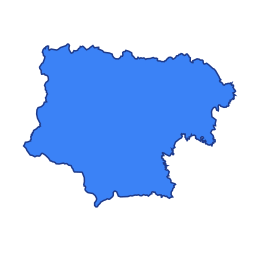 Mandoto, Vakinankaratra, Madagascar (Mercator projection), rotated 10°
{"feature_id": "10022922B69129581267436", "entity_name": "Mandoto", "entity_type": "district", "adm_level": 2, "iso_a3": "MDG", "parent_name": "Madagascar", "parent_adm1": "Vakinankaratra", "projection": "mercator", "projection_center": [46.306, -19.727], "detail": "fine", "context": "isolated", "style": "filled", "palette": "blue", "viewbox_px": 256, "rotation_deg": 10, "n_neighbors": 0, "source": "geoboundaries", "source_scale": "gbopen_adm2", "svg_char_len": 5799}
<svg xmlns="http://www.w3.org/2000/svg" viewBox="0 0 256 256"><g transform="rotate(10 128 128)"><path d="M226.8,76.4L226.0,76.4L225.3,75.2L226.8,74.2L227.5,73.0L226.4,71.8L225.9,71.8L225.2,70.5L224.3,69.9L224.7,68.5L224.4,67.6L223.6,67.4L223.0,67.9L222.1,67.4L222.4,65.7L221.9,66.2L221.0,65.9L220.5,66.6L218.8,66.7L217.7,67.4L216.5,67.6L215.5,69.0L214.4,69.0L213.2,67.5L211.3,66.5L210.9,66.7L210.1,66.0L210.0,65.3L210.9,64.7L211.0,64.2L209.7,63.4L208.8,61.8L204.2,56.3L202.4,54.9L201.4,54.8L196.8,51.9L194.2,50.6L192.3,51.7L191.5,51.6L190.8,50.7L190.2,48.7L189.4,48.2L187.5,48.6L186.2,47.9L184.0,47.9L180.1,50.6L180.6,52.3L179.8,52.5L178.8,52.1L177.6,51.3L177.2,48.1L175.8,47.3L175.2,46.3L173.3,44.8L172.5,45.1L171.9,46.3L170.8,46.8L170.4,46.4L169.4,46.3L168.9,45.6L167.3,45.5L166.7,46.5L165.6,46.6L164.9,48.0L163.3,48.5L162.5,50.5L160.5,52.4L159.9,52.3L159.0,51.1L157.3,50.9L155.5,51.7L155.3,52.5L154.1,53.7L153.7,55.0L152.5,55.6L152.3,56.3L149.5,56.8L148.2,56.4L145.9,56.7L145.1,56.2L145.1,54.9L144.6,54.5L143.9,54.3L142.2,54.7L140.6,54.2L137.8,55.7L134.5,56.5L133.6,57.3L131.5,56.2L129.9,56.9L128.5,56.6L127.4,57.6L125.6,56.6L124.9,58.4L123.0,58.5L120.7,56.4L119.6,56.1L118.5,53.3L115.6,52.3L112.4,51.9L112.0,53.1L110.7,53.5L109.7,54.5L110.3,57.3L110.0,58.3L108.6,58.5L108.2,59.9L106.7,61.6L103.8,62.0L102.0,61.3L100.3,59.7L99.6,58.0L96.7,57.4L91.2,57.6L89.4,56.3L85.0,55.3L85.3,54.2L85.1,53.6L81.0,54.8L79.1,52.9L76.7,55.3L75.9,56.5L73.6,58.2L69.8,55.5L69.0,55.4L68.2,56.1L66.9,56.0L66.7,57.4L65.6,58.4L64.8,60.3L62.8,61.2L61.3,61.2L60.6,63.3L59.2,64.1L58.6,63.8L56.4,61.1L55.9,59.6L56.0,56.9L55.1,55.9L54.3,55.7L53.8,55.9L52.6,57.7L47.5,60.5L45.6,62.7L44.2,63.6L38.6,63.6L36.9,65.1L35.9,63.7L35.5,61.2L34.5,61.2L33.0,62.3L32.8,64.1L31.9,63.7L30.8,65.6L30.5,68.3L31.4,69.1L32.2,71.4L33.7,72.0L33.8,73.9L33.0,78.5L32.0,79.4L30.3,83.4L30.8,84.7L32.5,86.4L32.8,88.2L33.6,90.0L36.3,89.3L37.1,90.2L39.0,90.3L40.2,91.1L40.8,92.5L41.3,94.5L40.7,96.0L39.6,97.0L39.0,98.1L38.4,100.5L39.6,102.3L40.0,104.7L41.3,105.5L41.4,107.0L42.5,108.0L42.8,108.8L42.3,109.3L42.1,111.4L41.5,112.6L42.3,114.0L42.3,115.1L43.3,116.3L41.1,117.2L40.8,119.6L39.0,122.0L35.9,123.6L35.2,125.9L35.6,130.1L37.2,134.1L41.0,139.2L40.6,140.0L41.4,141.3L40.7,141.7L40.6,142.3L40.0,142.2L38.8,143.3L38.3,144.4L35.5,146.8L35.3,149.1L34.8,149.2L34.8,150.4L34.1,150.9L34.0,151.6L34.6,151.8L33.8,153.5L34.6,155.9L34.0,156.8L34.3,157.6L31.4,159.3L29.4,159.9L28.9,162.5L28.3,163.8L31.2,165.8L32.4,167.7L36.4,171.6L38.5,171.6L41.3,172.5L43.0,171.3L45.5,171.1L46.3,170.4L47.3,168.1L48.4,167.8L51.4,169.1L55.1,171.6L57.2,173.9L58.2,173.8L59.6,174.4L60.8,174.3L62.5,174.8L63.4,175.7L66.4,175.4L70.2,173.9L70.9,173.8L71.7,174.3L73.9,173.7L76.0,174.9L78.5,174.9L79.8,177.0L81.0,178.0L81.8,179.6L82.8,180.6L90.2,179.5L90.8,179.9L93.6,184.5L94.4,188.5L94.3,191.4L94.9,192.8L95.7,192.7L96.3,193.1L96.6,194.1L96.3,195.6L96.7,196.6L98.1,197.8L99.9,198.6L104.7,198.6L107.4,200.2L109.1,202.4L109.5,203.5L109.3,205.1L108.1,207.5L108.6,210.1L109.9,211.2L111.1,211.1L111.6,210.6L112.1,209.1L113.5,207.2L114.0,205.8L116.7,203.5L118.4,202.6L119.9,201.3L121.7,201.5L122.5,201.0L124.8,198.2L125.2,196.6L124.7,194.1L125.4,192.8L126.1,192.3L128.0,192.9L130.3,196.7L132.6,197.1L139.9,195.5L142.1,194.2L143.8,194.2L146.6,192.8L148.5,192.6L149.9,191.9L151.6,192.5L153.3,192.3L154.9,190.9L157.1,191.2L158.3,190.7L159.9,191.5L161.9,189.1L162.9,188.6L162.5,187.2L163.7,186.4L164.7,186.8L165.7,186.5L166.9,188.1L169.1,189.1L170.4,188.3L171.0,188.5L172.1,188.1L172.9,190.4L173.5,190.1L173.6,188.9L175.4,188.3L176.6,188.9L178.1,188.5L178.8,189.3L181.0,190.0L182.1,188.8L184.0,188.1L182.0,186.1L181.7,183.5L182.6,181.6L182.7,179.8L183.8,178.3L183.1,176.8L184.6,175.3L184.0,174.8L179.8,174.2L179.3,172.0L177.9,170.5L175.9,170.2L174.8,169.2L175.0,168.8L176.5,168.0L175.7,167.4L176.2,164.0L174.3,162.4L173.2,162.8L172.0,162.2L172.8,160.7L172.3,160.1L171.6,160.3L171.5,159.5L173.2,158.3L171.3,158.3L171.6,157.1L171.3,156.6L170.1,156.9L170.4,157.7L169.3,157.1L169.3,156.4L170.0,156.7L170.7,156.3L170.4,155.5L169.7,155.6L170.7,154.7L169.9,153.7L168.4,153.7L168.1,153.2L168.3,152.6L167.2,151.8L166.7,152.0L166.2,151.0L166.3,150.1L165.7,149.4L166.6,149.8L166.7,149.3L168.0,148.9L166.2,146.6L166.4,146.3L167.7,146.4L168.9,147.1L173.4,148.4L174.2,148.0L175.2,145.4L176.9,146.5L177.4,146.3L177.5,145.4L176.2,144.2L176.4,142.7L176.0,142.4L175.5,142.6L174.9,141.4L175.8,142.0L176.2,139.8L177.0,139.6L177.6,139.0L176.5,137.6L177.2,133.7L180.6,129.8L182.3,128.5L182.9,126.7L181.5,125.4L181.7,124.6L182.3,125.1L183.3,124.1L184.4,124.5L184.9,124.0L185.4,124.1L185.8,127.2L186.7,127.8L187.0,128.8L187.5,128.9L188.4,130.1L188.8,129.4L188.7,127.9L190.2,128.2L190.3,127.2L189.8,126.3L191.3,125.6L191.6,123.7L192.1,124.5L194.4,123.5L195.9,124.0L196.4,126.4L197.1,126.3L197.8,127.2L198.8,127.0L201.7,128.3L201.7,127.3L202.1,126.7L201.3,124.9L202.3,123.7L203.2,123.7L204.1,124.7L203.2,125.6L203.3,128.0L203.7,129.0L205.1,129.1L205.3,128.4L204.8,127.5L205.3,127.2L206.4,128.0L206.6,127.1L207.1,127.7L206.8,129.2L207.3,130.1L208.1,129.8L209.5,130.6L211.1,130.7L212.7,129.7L213.3,130.9L213.7,131.0L214.1,127.7L215.0,128.0L215.2,126.6L216.2,126.4L215.8,124.5L214.9,124.2L214.2,124.8L213.5,123.3L214.1,122.7L213.1,120.7L210.2,118.4L211.0,115.6L211.6,115.0L213.6,114.5L214.0,114.1L212.0,111.7L211.7,110.6L213.8,110.5L213.1,108.4L213.3,104.8L208.7,102.4L207.4,97.7L207.6,95.4L208.7,93.1L210.1,92.4L211.2,93.0L212.2,95.0L213.9,95.4L213.8,93.5L213.0,90.8L213.4,89.6L214.5,89.4L215.5,90.4L218.9,91.0L221.3,90.3L221.5,89.4L222.9,89.1L223.4,88.5L222.9,87.1L223.0,85.5L223.7,85.6L223.5,84.9L224.3,84.1L223.8,83.0L225.3,82.2L225.9,80.8L227.0,81.3L227.3,80.8L227.3,80.2L226.8,80.0L227.0,78.9L226.5,78.0L226.9,77.9L226.8,77.0L227.7,77.0L226.8,76.4Z" fill="#3b82f6" stroke="#1e3a8a" stroke-width="1.5"/></g></svg>